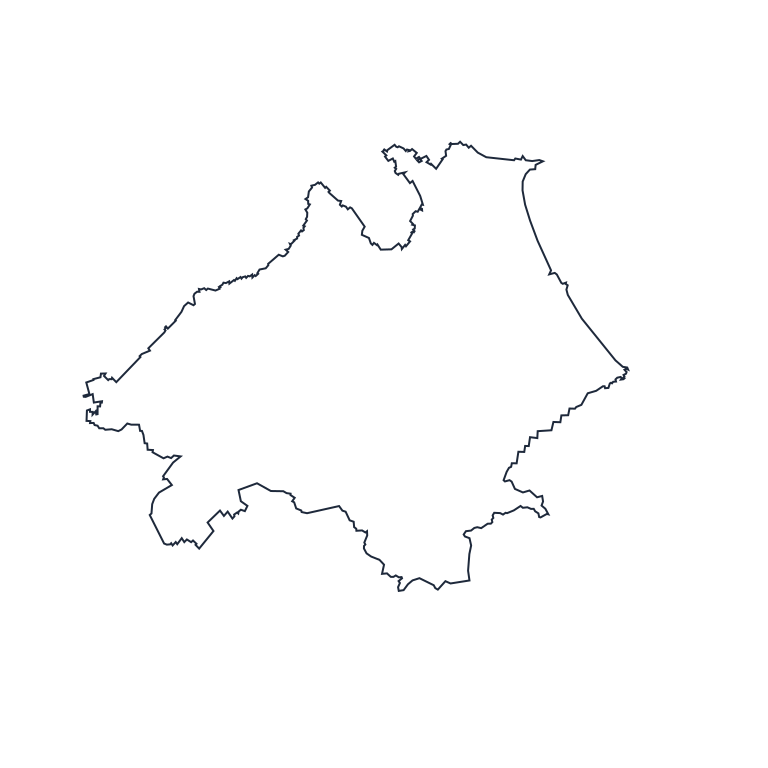 the district of Catemaco, Veracruz, Mexico, rotated 46°
{"feature_id": "50627088B13205785170557", "entity_name": "Catemaco", "entity_type": "district", "adm_level": 2, "iso_a3": "MEX", "parent_name": "Mexico", "parent_adm1": "Veracruz", "projection": "natural_earth1", "projection_center": [-95.032, 18.435], "detail": "fine", "context": "isolated", "style": "outline", "palette": "slate", "viewbox_px": 768, "rotation_deg": 46, "n_neighbors": 0, "source": "geoboundaries", "source_scale": "gbopen_adm2", "svg_char_len": 6165}
<svg xmlns="http://www.w3.org/2000/svg" viewBox="0 0 768 768"><g transform="rotate(46 384 384)"><path d="M543.2,198.4L541.1,197.6L537.5,200.3L527.8,201.1L474.4,196.3L447.6,189.9L442.8,187.2L440.6,183.3L438.2,183.8L437.5,182.7L436.1,185.8L434.4,186.2L425.3,183.6L422.7,184.0L419.9,189.0L418.3,184.9L387.6,174.0L367.9,165.4L353.0,157.9L340.9,149.8L334.7,143.6L331.5,136.3L331.1,130.1L334.5,126.0L331.7,122.7L334.2,115.0L330.8,116.7L326.6,122.5L321.5,126.6L316.4,125.9L317.7,129.6L313.0,132.9L313.4,135.0L291.9,152.9L282.7,155.8L273.1,155.9L272.9,158.9L268.8,158.6L267.2,161.0L262.6,161.0L262.6,163.9L258.5,168.5L257.0,168.7L257.0,170.2L258.4,169.9L260.0,174.1L258.7,176.2L259.2,178.0L263.0,180.8L262.1,185.9L263.1,185.7L265.4,197.0L258.4,197.2L258.7,198.0L254.0,199.3L254.0,195.9L249.4,195.1L247.3,201.8L249.7,202.0L248.9,204.8L246.3,204.8L247.1,201.3L245.0,201.1L244.1,204.6L241.2,204.3L240.5,199.9L234.5,200.6L234.4,203.4L233.7,204.5L233.4,203.3L231.3,204.6L231.5,206.5L228.1,206.3L223.4,208.1L223.2,209.7L221.9,210.4L219.3,210.2L218.1,219.1L218.8,220.3L214.6,221.0L216.1,221.3L215.7,223.7L221.2,223.5L221.1,225.3L226.5,225.9L227.9,221.0L231.2,222.2L231.5,221.0L236.0,224.3L235.9,226.0L237.7,225.8L238.3,228.3L240.2,229.1L243.4,228.5L243.1,227.2L246.4,221.8L246.4,224.3L257.5,225.8L257.8,222.4L273.8,227.3L282.1,231.5L281.1,232.2L282.3,235.8L284.4,235.0L285.6,236.0L282.6,237.0L283.5,240.1L281.7,241.2L281.7,245.3L283.0,246.3L284.9,252.0L289.0,252.0L289.1,253.0L291.4,251.6L293.5,253.9L293.1,255.7L295.3,255.9L295.6,257.2L294.2,257.7L294.0,259.1L295.3,259.4L297.4,266.7L299.5,266.2L300.2,272.5L298.6,272.2L299.3,277.4L297.7,276.2L293.1,275.9L292.3,285.1L285.1,293.0L279.1,291.8L279.2,292.6L275.5,293.2L275.9,295.7L273.7,295.8L268.5,293.4L261.3,296.3L258.7,293.1L257.4,288.6L235.3,285.1L233.4,285.7L233.2,288.7L230.0,288.2L226.9,289.6L227.0,291.1L224.4,291.2L222.6,287.7L220.1,289.7L208.8,290.6L207.3,290.5L207.3,288.6L202.0,288.6L202.0,290.1L195.1,289.5L194.9,291.4L193.2,291.4L192.8,295.3L190.9,298.5L192.7,299.3L193.3,304.3L196.9,308.9L196.4,312.0L199.5,311.3L201.8,313.4L203.3,312.6L204.4,317.2L203.8,319.3L207.5,320.2L210.3,323.2L211.1,325.8L212.9,325.9L214.0,332.1L215.5,331.5L215.7,333.5L217.6,334.8L217.3,337.0L215.9,337.0L216.4,341.2L218.2,342.0L217.8,344.3L219.0,345.4L218.0,348.9L218.7,348.9L218.8,353.8L217.8,354.3L219.7,355.0L220.6,358.7L219.1,361.4L222.5,361.2L222.8,366.3L221.9,368.1L217.9,369.9L217.1,383.9L218.2,384.7L218.6,388.7L215.2,394.0L216.3,398.1L217.3,398.0L217.2,401.3L215.9,401.4L216.0,404.7L213.7,402.8L213.3,405.8L211.8,406.7L211.9,409.4L210.2,409.1L209.0,411.5L209.2,413.3L207.4,412.9L206.8,416.5L205.5,416.5L206.2,419.6L205.0,419.7L204.4,425.5L202.6,424.1L201.6,427.6L199.6,429.1L200.3,431.3L199.7,434.0L200.6,434.4L199.7,435.4L201.3,436.1L199.7,440.3L193.0,444.4L192.9,446.6L190.2,446.8L188.9,449.9L187.1,451.1L189.5,452.7L187.8,454.3L187.4,457.6L188.5,460.0L195.1,464.4L195.0,466.3L189.3,468.3L189.1,473.7L191.4,479.6L193.0,489.8L193.8,489.8L194.0,501.0L191.1,500.8L191.1,502.0L192.1,502.1L192.3,504.0L193.7,504.0L194.3,506.2L194.6,528.7L197.4,529.2L194.2,537.4L194.2,540.4L195.4,540.5L196.7,575.3L190.6,575.3L191.3,576.6L189.6,578.3L189.6,579.7L183.7,579.8L183.0,577.0L179.9,580.4L182.2,583.3L178.6,589.7L179.3,590.2L176.1,597.1L186.6,602.9L183.7,608.2L184.6,608.8L186.0,607.6L188.9,600.6L195.8,605.6L200.5,598.8L201.4,599.9L200.5,601.0L202.9,603.8L201.1,605.5L206.7,611.0L206.0,612.1L203.3,610.3L203.6,614.9L201.7,612.9L199.8,614.8L198.0,613.1L196.7,616.1L203.9,623.6L206.7,621.0L207.9,622.6L210.3,619.9L212.5,620.7L215.0,619.0L218.0,619.6L220.9,616.6L223.3,616.3L227.4,611.3L233.3,607.9L234.4,604.4L234.1,596.1L237.6,594.1L243.1,588.5L248.3,592.0L249.6,590.7L253.5,592.4L260.3,597.3L262.3,595.7L267.1,599.7L271.0,596.1L272.3,597.9L284.3,594.2L285.8,590.2L289.4,588.6L289.5,584.8L294.8,580.6L294.0,590.3L296.9,607.0L298.3,607.2L299.2,609.1L301.6,606.0L309.3,606.8L305.8,621.3L307.0,629.1L309.4,634.2L315.6,641.2L315.5,643.5L346.0,653.0L348.7,651.8L350.8,649.2L350.7,647.7L353.3,648.2L353.0,643.6L355.6,644.0L354.4,636.6L359.0,637.5L358.9,633.8L363.8,632.6L363.9,630.1L368.7,629.9L368.8,631.3L374.0,631.3L371.3,608.8L361.1,607.1L361.1,589.9L367.7,590.8L367.2,585.1L375.5,586.5L375.3,583.5L373.8,582.5L374.4,578.9L375.9,578.8L374.8,577.2L375.0,574.3L378.8,572.4L376.8,566.9L368.9,568.4L359.2,562.3L367.2,544.3L382.4,539.7L391.2,530.9L394.8,529.9L398.0,527.4L398.9,528.4L403.8,527.3L404.6,531.5L406.7,530.8L412.5,533.6L417.5,531.4L418.9,532.2L423.5,529.1L440.6,501.1L446.2,501.9L449.2,500.3L458.2,503.4L462.0,501.5L466.2,504.9L468.8,504.5L470.4,505.8L474.1,501.5L477.9,500.5L478.1,498.5L481.3,501.3L484.4,508.3L486.5,508.9L486.6,510.9L488.4,512.7L493.7,514.2L499.2,513.1L507.4,509.4L514.0,509.5L519.2,517.3L522.3,513.4L527.4,513.1L529.3,511.2L529.9,508.5L533.4,507.6L535.1,505.5L536.3,506.0L535.9,510.4L538.2,510.8L539.9,515.0L543.1,517.1L545.9,513.1L544.7,505.9L545.1,499.9L548.3,493.4L563.3,488.0L566.4,488.9L569.3,488.1L568.5,476.8L573.7,474.7L584.7,459.0L576.7,453.2L565.6,440.7L560.7,433.5L554.3,429.6L549.9,431.7L547.6,431.2L546.8,427.3L549.9,423.2L550.3,419.0L551.8,416.4L555.2,414.2L556.5,406.5L558.7,404.1L558.6,402.0L556.4,400.7L556.3,398.4L554.0,397.1L553.2,394.2L557.6,390.1L560.6,389.1L561.1,386.0L562.4,385.2L565.1,378.4L566.6,370.5L569.5,370.1L572.3,366.5L576.0,365.0L577.8,363.0L580.6,363.7L584.3,362.8L587.5,364.8L588.7,364.1L590.6,357.1L591.9,356.3L585.8,354.6L580.9,355.1L579.0,351.2L574.4,348.0L571.8,352.6L561.7,353.3L558.5,359.4L550.4,362.7L542.9,360.0L540.4,360.5L538.1,364.7L536.3,364.8L532.4,356.8L531.1,352.3L531.9,350.1L529.8,347.1L533.2,343.7L526.1,334.4L530.3,330.3L526.6,325.5L529.2,323.0L523.7,315.9L529.4,311.3L524.7,306.2L533.6,295.7L529.0,288.5L534.0,283.7L529.8,278.2L534.4,273.2L530.5,267.6L534.4,263.8L534.1,261.7L536.1,256.5L532.2,243.9L536.3,236.1L537.7,228.1L538.9,226.9L540.6,227.9L542.7,225.3L540.5,221.2L540.8,219.8L541.9,219.5L541.6,217.6L543.4,215.4L541.5,214.3L541.5,211.8L543.3,208.9L545.0,208.9L545.4,210.5L546.9,208.4L546.9,207.4L545.8,208.2L545.6,205.8L543.9,205.4L544.7,202.7L543.9,201.2L540.8,201.1L541.3,199.2L543.2,198.4Z" fill="none" stroke="#1e293b" stroke-width="2"/></g></svg>